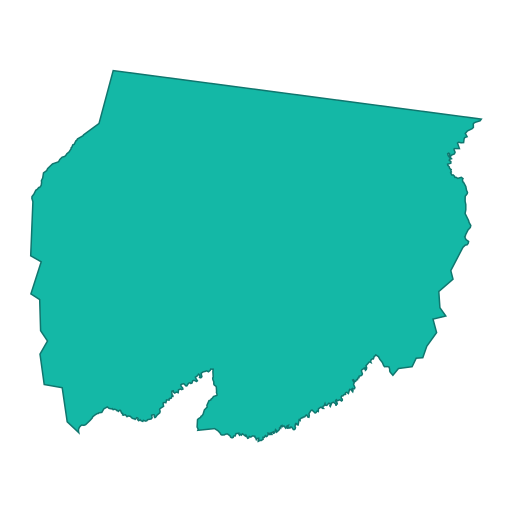 Tarauacá, Acre, Brazil
{"feature_id": "56859067B77196196599270", "entity_name": "Tarauacá", "entity_type": "district", "adm_level": 2, "iso_a3": "BRA", "parent_name": "Brazil", "parent_adm1": "Acre", "projection": "robinson", "projection_center": [-71.381, -8.261], "detail": "fine", "context": "isolated", "style": "filled", "palette": "teal", "viewbox_px": 512, "rotation_deg": 0, "n_neighbors": 0, "source": "geoboundaries", "source_scale": "gbopen_adm2", "svg_char_len": 6070}
<svg xmlns="http://www.w3.org/2000/svg" viewBox="0 0 512 512"><path d="M30.7,255.8L41.2,261.8L30.9,293.9L39.7,299.6L40.6,330.7L47.5,341.0L40.0,354.1L44.2,384.5L62.2,387.7L67.2,421.8L78.8,432.7L78.5,431.1L78.6,429.1L79.5,427.1L80.6,425.9L81.6,425.1L83.9,425.3L85.6,424.7L90.3,420.2L92.3,417.9L92.7,416.8L94.7,415.2L97.1,413.6L98.2,413.5L98.7,412.9L101.8,412.4L103.8,408.9L107.3,406.9L109.1,408.4L111.6,408.9L112.3,408.6L113.1,409.7L114.6,409.2L116.4,409.9L117.0,410.7L117.7,410.5L118.3,411.4L119.8,410.2L120.5,410.4L121.6,413.1L122.7,413.4L122.6,414.9L123.4,415.2L125.4,414.7L127.0,416.7L128.1,416.0L130.3,416.3L131.9,418.0L133.3,418.7L134.5,418.7L135.1,419.4L136.0,418.7L136.6,417.7L137.6,417.9L138.1,418.6L137.7,419.7L138.7,420.7L140.2,419.7L141.0,420.7L142.8,421.4L143.4,420.3L145.6,421.1L146.9,420.7L147.5,419.7L151.1,419.0L152.1,417.8L151.6,415.2L153.0,414.8L154.0,414.7L154.5,415.6L154.2,416.7L154.9,417.6L155.6,417.2L157.1,415.1L159.8,412.8L160.1,411.4L159.6,409.3L160.2,408.5L163.6,406.3L163.1,403.9L163.3,402.8L164.1,402.5L165.9,402.7L166.5,399.9L169.1,400.1L169.3,398.6L170.0,398.3L170.7,398.5L171.4,398.0L171.9,396.1L172.9,396.3L172.8,395.4L172.0,394.6L171.8,392.0L172.0,391.1L173.2,390.8L173.7,392.3L174.7,393.1L176.4,392.1L178.2,392.7L178.5,389.8L180.6,389.0L181.6,389.6L182.9,389.1L182.6,387.9L181.2,386.4L180.8,384.9L181.6,384.2L183.8,383.7L185.9,385.9L186.8,385.9L188.2,383.7L189.2,382.9L190.0,382.7L190.8,383.5L192.0,383.0L192.6,380.9L193.5,380.4L194.7,380.5L196.5,381.5L197.4,380.8L195.9,378.5L195.4,377.1L197.7,375.6L198.5,374.1L199.5,374.7L200.0,376.3L199.5,377.4L200.2,377.8L201.0,377.7L201.9,376.7L201.1,373.3L203.3,371.8L205.4,371.4L206.5,370.8L208.5,371.8L210.3,370.2L210.7,369.1L213.2,369.2L212.9,371.7L213.2,377.0L212.7,378.0L212.9,379.7L213.8,381.8L213.8,384.1L214.3,385.1L216.0,386.3L216.3,387.1L216.6,391.4L216.4,392.2L217.0,394.2L216.9,395.4L213.5,396.5L212.4,398.1L211.0,399.2L210.7,400.1L209.0,400.6L206.9,405.3L207.2,407.0L204.4,409.9L203.0,414.4L201.8,415.9L201.0,416.3L200.6,417.4L198.4,418.7L197.5,419.7L197.1,427.0L198.2,429.2L197.8,430.3L214.6,428.6L217.9,430.7L220.0,432.9L220.9,434.5L221.8,435.0L224.3,434.9L225.5,434.2L227.4,433.9L230.1,435.9L230.6,437.1L231.3,437.6L232.2,437.8L233.2,437.4L233.4,436.4L234.1,435.8L235.1,436.0L236.0,433.6L238.9,433.2L238.9,434.3L239.6,435.3L240.7,434.3L241.4,435.1L242.5,433.8L245.4,436.1L245.9,435.1L247.7,438.3L248.6,438.0L249.3,436.4L250.8,437.1L252.5,435.9L254.9,436.3L255.0,437.4L255.7,437.9L256.3,439.6L257.2,438.5L258.7,438.2L258.7,439.4L258.1,440.6L258.2,441.4L260.2,440.3L261.0,440.6L263.1,439.3L263.0,437.3L264.3,437.4L265.3,435.6L266.3,436.6L267.2,436.1L268.4,434.2L268.0,433.2L269.6,433.4L269.7,434.5L271.8,434.4L271.0,432.9L273.3,431.9L273.4,433.3L274.3,433.0L274.9,432.4L275.5,429.6L276.3,430.4L276.7,432.1L277.3,431.6L279.1,429.9L279.6,429.1L279.5,428.0L280.1,427.4L280.7,427.9L280.9,426.0L281.9,425.5L281.9,426.7L282.7,426.7L283.3,426.0L284.1,426.0L285.6,428.1L287.2,425.8L288.4,425.3L287.3,428.1L288.0,428.3L288.9,427.6L289.9,428.1L290.6,427.1L291.6,427.1L293.4,429.6L294.4,429.6L295.2,428.8L295.5,427.4L295.0,426.6L295.4,424.1L295.9,423.4L296.6,423.7L297.0,424.7L298.1,425.0L299.1,419.8L300.1,420.4L300.0,419.2L301.7,417.8L302.7,417.8L303.3,417.0L304.7,416.9L305.8,415.3L306.7,415.0L307.9,417.1L308.9,417.3L309.3,415.6L309.0,413.5L311.2,410.3L312.1,410.1L315.1,413.0L315.9,412.7L317.2,411.0L318.3,411.5L318.5,408.7L321.0,407.1L322.6,408.4L323.5,408.4L322.7,407.4L323.2,406.2L324.2,405.7L325.0,403.6L325.5,405.2L326.8,405.4L328.8,403.2L329.9,403.5L330.2,404.6L329.8,405.8L330.3,406.5L331.7,403.0L333.3,402.2L335.5,403.7L336.1,405.8L336.3,404.6L337.3,403.9L337.0,402.7L335.5,401.3L335.7,400.3L336.5,399.7L337.2,400.9L339.8,399.8L341.5,401.0L342.3,400.4L342.3,399.1L341.4,398.4L341.2,396.9L341.8,395.9L342.9,395.9L343.6,394.8L345.5,394.4L345.3,393.3L345.8,392.6L346.8,392.3L348.4,393.5L349.6,389.4L350.9,389.7L352.7,391.8L353.0,390.6L351.7,389.3L352.4,388.4L353.4,389.0L354.5,388.7L354.9,387.5L353.7,384.8L353.6,383.9L354.2,382.9L352.7,380.0L353.5,379.7L354.5,381.7L355.6,381.4L356.5,379.7L357.5,379.7L357.8,378.2L359.0,377.7L359.0,376.3L361.4,375.5L362.0,374.9L362.4,373.9L361.4,370.8L362.0,369.6L363.7,368.7L364.5,369.0L364.3,368.0L365.3,367.8L365.5,370.2L366.3,369.5L366.7,367.8L366.0,365.7L369.1,362.1L369.9,361.9L371.0,362.5L370.6,361.4L371.0,360.0L372.6,358.7L373.4,358.9L374.2,356.4L375.1,355.9L375.8,354.9L378.5,356.7L379.7,359.1L382.4,362.6L383.6,365.5L384.5,366.7L387.6,366.6L389.1,367.1L389.7,369.4L389.7,371.0L390.3,372.3L392.9,375.3L398.5,368.5L412.1,366.7L416.2,358.2L422.8,357.7L426.8,346.2L436.6,332.6L433.0,319.1L445.8,316.0L439.9,307.7L438.8,291.5L453.0,279.2L450.8,270.6L462.9,247.4L465.3,245.1L467.1,244.8L468.2,243.3L468.6,241.5L465.9,239.5L464.7,236.7L465.4,236.0L465.5,235.0L468.0,230.0L470.3,227.5L470.8,225.5L469.1,222.5L468.6,220.6L465.1,213.5L465.8,209.8L465.8,204.6L465.1,201.2L465.2,196.3L467.2,193.7L467.5,192.5L466.5,190.2L465.8,186.5L463.5,182.2L462.7,181.8L462.5,179.5L463.0,178.6L461.3,177.3L457.8,178.4L456.1,177.3L454.9,177.4L454.5,176.2L453.1,174.9L452.0,175.1L450.6,172.8L451.4,172.0L450.8,170.8L451.2,169.6L449.6,168.4L449.3,166.9L447.8,165.3L447.6,164.2L450.8,163.2L450.9,161.6L449.2,160.2L449.6,159.3L451.5,158.7L450.7,157.8L449.7,157.6L448.2,155.7L447.7,153.7L448.6,153.1L449.5,153.6L449.8,155.9L450.6,156.3L451.4,155.2L454.4,153.9L455.1,152.2L454.0,149.7L454.3,148.6L459.4,148.6L457.5,143.1L458.6,142.2L461.0,142.8L463.6,142.6L464.1,138.9L464.7,137.6L467.1,136.7L465.3,133.4L467.5,130.9L472.1,128.7L473.4,127.4L473.3,123.8L473.8,123.2L475.3,122.3L480.1,120.8L481.3,119.1L113.2,70.6L99.0,123.5L83.5,134.9L83.1,135.7L77.5,138.9L76.7,140.3L75.9,140.8L74.2,144.3L72.8,144.8L71.9,147.1L71.1,147.9L71.1,148.8L69.0,152.0L66.9,153.7L65.6,155.7L64.5,156.5L62.1,157.2L59.8,159.5L58.7,161.5L58.0,162.0L52.5,163.9L47.6,168.6L46.7,170.6L43.5,172.9L42.7,178.0L41.4,180.7L41.6,182.4L41.2,185.4L39.7,187.4L38.7,187.5L37.4,189.2L35.8,190.2L33.9,194.1L32.0,196.5L31.9,198.5L32.9,201.7L30.7,255.8Z" fill="#14b8a6" stroke="#0f766e" stroke-width="1.5"/></svg>